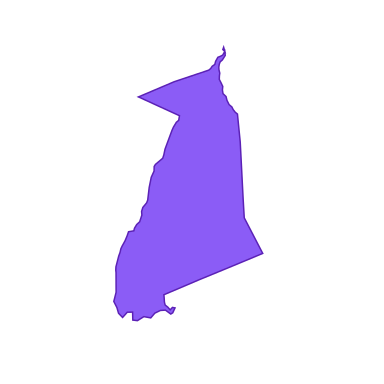 São José dos Cordeiros, Paraíba, Brazil (Albers equal-area conic projection), rotated 297°
{"feature_id": "56859067B13201418207131", "entity_name": "São José dos Cordeiros", "entity_type": "district", "adm_level": 2, "iso_a3": "BRA", "parent_name": "Brazil", "parent_adm1": "Paraíba", "projection": "albers", "projection_center": [-36.853, -7.428], "detail": "fine", "context": "isolated", "style": "filled", "palette": "violet", "viewbox_px": 384, "rotation_deg": 297, "n_neighbors": 0, "source": "geoboundaries", "source_scale": "gbopen_adm2", "svg_char_len": 1391}
<svg xmlns="http://www.w3.org/2000/svg" viewBox="0 0 384 384"><g transform="rotate(297 192 192)"><path d="M59.0,172.0L54.9,177.6L50.6,181.6L48.7,187.1L52.0,188.0L55.5,188.9L58.0,193.6L51.0,197.4L52.6,201.8L59.1,205.7L61.1,212.4L67.2,213.9L72.1,217.6L74.7,222.0L73.6,228.5L75.6,229.7L81.0,229.5L80.3,227.0L77.1,226.0L78.4,222.8L79.1,219.4L81.4,217.4L84.8,215.4L87.7,213.6L117.3,238.4L138.5,256.6L151.5,267.7L169.4,282.9L192.7,250.3L200.7,245.6L208.9,240.8L258.4,212.3L282.1,197.1L282.7,194.3L284.1,191.3L285.9,188.9L286.7,185.4L289.5,181.6L292.5,179.0L293.7,175.0L296.7,172.8L300.0,171.5L302.8,167.9L304.7,165.2L307.9,163.7L310.5,162.8L313.2,160.5L315.4,159.2L318.2,158.3L320.7,158.0L323.4,159.1L328.8,159.6L332.2,157.4L327.9,157.2L325.7,155.6L323.8,153.9L319.2,153.7L316.0,154.4L313.2,152.9L310.5,152.6L308.2,151.6L282.1,126.0L252.4,101.1L254.3,146.2L249.8,147.6L247.0,146.4L241.4,146.0L237.7,146.2L235.1,146.5L218.0,148.5L215.0,149.3L212.5,150.0L208.8,150.6L200.0,146.9L197.6,146.7L193.4,148.7L186.6,149.0L176.6,151.8L164.7,156.2L161.7,156.5L156.0,155.2L151.8,155.9L148.7,157.8L141.7,158.9L138.0,157.5L133.6,157.2L131.0,157.8L127.8,153.5L123.5,154.1L118.2,154.5L114.6,154.4L112.2,154.3L109.1,154.4L105.6,155.3L101.6,155.8L90.8,158.2L87.7,159.6L85.7,160.9L68.2,169.9L59.0,172.0ZM332.2,157.4L335.3,154.5L332.9,154.8L332.2,157.4Z" fill="#8b5cf6" stroke="#5b21b6" stroke-width="1.5"/></g></svg>